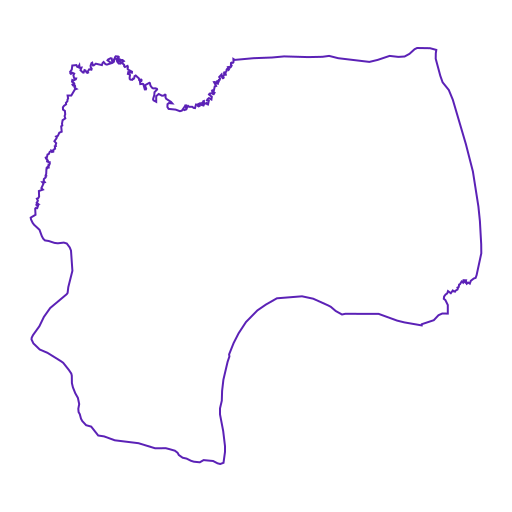 outline of Stueng Trang, Kâmpóng Cham, Cambodia
{"feature_id": "14789045B55361225706218", "entity_name": "Stueng Trang", "entity_type": "district", "adm_level": 2, "iso_a3": "KHM", "parent_name": "Cambodia", "parent_adm1": "Kâmpóng Cham", "projection": "robinson", "projection_center": [105.52, 12.333], "detail": "fine", "context": "isolated", "style": "outline", "palette": "violet", "viewbox_px": 512, "rotation_deg": 0, "n_neighbors": 0, "source": "geoboundaries", "source_scale": "gbopen_adm2", "svg_char_len": 5710}
<svg xmlns="http://www.w3.org/2000/svg" viewBox="0 0 512 512"><path d="M98.2,435.5L104.1,436.4L114.8,440.3L138.5,443.2L155.2,448.3L165.8,448.2L169.3,449.1L174.9,450.7L177.6,452.8L178.8,455.0L182.6,457.7L186.6,458.6L191.0,460.8L193.9,461.7L199.8,462.3L203.6,460.1L213.1,461.0L217.5,463.3L220.2,464.0L223.5,462.8L225.0,451.9L225.0,446.2L223.2,431.1L220.0,414.4L220.0,408.4L221.8,400.7L222.1,390.9L223.4,379.7L227.6,361.8L229.4,356.5L229.1,354.4L233.6,343.1L238.6,333.3L246.0,322.0L257.4,310.4L266.0,304.5L276.9,298.3L302.0,296.3L313.2,298.7L328.1,305.4L330.8,306.8L335.7,311.0L342.0,314.5L345.3,313.8L378.7,313.9L397.1,320.6L404.4,322.4L421.7,325.4L421.8,324.2L433.8,320.2L438.5,315.2L442.3,313.5L447.8,313.6L447.8,305.0L445.4,300.1L443.8,298.8L444.1,296.5L445.6,294.5L447.2,293.4L448.0,291.1L450.8,293.2L452.8,290.5L454.0,291.5L455.0,291.6L455.1,291.0L457.5,289.5L457.9,288.4L457.5,287.6L458.7,287.0L459.1,284.6L460.0,284.2L461.6,281.5L463.0,282.6L463.5,280.2L465.4,280.3L464.7,281.1L464.8,282.1L465.5,282.6L466.2,281.5L466.8,283.7L468.3,282.6L469.8,283.6L470.8,280.8L473.8,278.5L475.6,277.9L476.6,275.1L481.3,253.3L481.2,244.3L479.9,221.1L478.4,206.5L472.9,171.5L465.9,144.2L452.8,99.7L448.8,90.0L442.6,82.3L440.3,75.8L435.7,58.7L435.8,53.2L436.3,49.9L430.0,48.2L417.1,48.0L414.6,49.2L409.4,53.9L404.6,56.5L398.4,56.9L389.6,55.9L377.7,59.9L369.4,61.9L338.2,58.2L329.1,55.9L322.5,56.8L308.2,57.1L284.1,56.4L272.1,57.5L253.5,58.2L234.8,59.9L233.4,59.0L233.5,62.1L232.8,62.9L231.5,62.6L231.0,63.0L230.9,65.2L231.6,65.5L231.1,66.7L230.2,67.5L229.3,66.9L228.0,67.1L229.0,69.3L228.5,70.0L227.1,69.0L226.6,69.6L226.4,71.4L225.6,72.3L224.3,72.3L224.0,73.0L225.6,73.8L225.8,74.7L224.0,74.9L223.1,76.1L223.7,77.5L223.4,78.1L222.7,78.2L222.0,77.1L221.5,74.5L219.2,77.0L220.0,78.4L219.8,79.7L218.9,79.9L218.8,81.6L218.2,81.8L217.8,81.0L217.0,81.3L217.1,82.5L218.0,82.9L217.9,83.7L215.5,83.1L214.9,82.0L214.0,82.1L216.1,86.0L214.7,86.5L213.8,90.8L212.4,90.3L212.0,90.8L212.5,91.9L214.5,92.8L213.7,94.2L213.1,94.2L212.5,93.1L209.6,93.6L209.0,94.5L211.8,96.8L211.4,99.5L208.9,98.1L207.5,99.3L207.0,100.3L208.8,100.8L208.0,104.5L207.1,104.2L206.5,103.0L205.0,103.7L204.5,103.5L204.0,103.0L203.9,101.0L203.3,101.2L202.7,103.0L202.8,103.8L203.8,104.8L203.5,105.5L200.7,104.7L200.7,103.3L199.2,104.0L199.6,105.9L198.6,106.4L198.0,106.0L198.5,104.0L197.1,104.7L196.0,104.5L195.0,108.1L193.6,107.9L192.3,106.8L189.2,106.8L188.1,105.9L187.3,107.1L186.7,107.1L186.2,105.4L185.3,105.4L185.0,106.2L185.3,107.0L186.7,108.6L186.3,109.4L184.3,110.1L183.6,109.6L183.5,108.3L181.8,110.7L179.9,111.2L175.6,109.6L168.6,108.9L167.4,107.0L167.5,104.2L168.8,103.1L172.3,103.4L171.0,101.9L166.2,98.8L165.5,97.4L165.6,95.0L165.0,94.6L163.5,95.6L162.0,95.7L158.7,94.0L156.2,96.2L156.2,101.8L153.6,100.4L153.1,99.6L153.2,98.6L154.3,95.1L154.5,92.2L157.1,89.5L156.9,88.8L155.5,88.3L153.1,88.4L151.9,87.6L150.4,85.5L149.9,83.1L149.4,82.8L144.9,85.3L146.2,88.7L145.9,89.4L144.8,89.4L143.3,84.1L142.6,83.8L140.3,84.1L139.9,81.3L141.3,81.1L141.6,80.1L141.0,79.5L139.8,80.3L139.2,80.1L138.9,78.4L135.7,75.5L134.5,76.2L134.3,77.9L133.6,78.9L133.0,78.7L132.3,79.8L130.4,79.6L129.7,78.9L129.6,77.5L130.0,75.1L129.7,74.5L127.9,73.9L128.3,72.1L131.9,72.7L132.0,71.7L128.1,69.6L127.6,68.9L127.9,67.0L127.5,65.9L124.9,67.0L124.2,66.3L124.1,64.8L122.1,63.0L122.6,61.8L123.8,61.1L122.5,60.0L121.4,60.1L118.7,58.9L118.2,59.4L118.4,60.4L120.8,62.1L120.4,63.6L118.7,63.5L117.2,61.6L116.4,59.0L118.6,57.7L118.8,57.0L118.2,56.5L115.7,56.3L114.9,57.4L114.9,58.9L114.0,59.3L114.1,61.1L113.6,62.1L112.4,62.4L111.7,58.5L110.7,58.2L108.1,59.5L107.5,60.3L111.4,63.2L106.9,64.6L105.5,64.2L103.6,62.0L102.6,63.0L101.9,65.1L95.8,63.7L93.7,65.4L92.9,65.4L92.2,62.7L91.5,63.1L90.6,65.6L90.7,67.1L91.7,68.8L91.4,69.7L89.2,69.3L87.5,71.9L88.0,72.6L87.4,72.9L86.6,72.5L85.5,70.5L84.5,70.1L83.6,72.6L82.9,72.5L80.5,70.2L81.5,67.6L79.6,67.8L79.3,65.2L78.2,67.1L77.3,66.9L76.4,65.1L72.3,65.5L71.8,69.5L70.1,71.9L70.7,72.7L70.4,73.4L70.9,73.9L71.7,73.4L71.6,72.7L72.2,72.7L74.2,73.6L73.4,75.3L74.0,77.7L74.3,78.4L76.1,78.5L75.8,79.3L73.4,80.5L72.3,80.0L72.0,81.7L73.9,83.0L74.3,83.8L72.5,84.6L72.9,85.3L73.7,85.1L75.0,85.8L75.1,86.5L74.4,86.9L74.8,87.9L76.4,88.9L74.9,89.4L71.3,95.5L67.6,95.5L68.1,98.5L67.5,99.6L67.4,101.2L65.9,102.9L66.1,104.3L64.0,105.8L62.9,107.3L63.0,109.6L64.9,110.9L65.2,114.3L64.6,116.1L65.3,118.4L62.6,120.2L62.0,123.7L62.3,125.5L61.2,126.3L61.7,131.7L59.3,132.7L57.9,135.8L56.1,136.5L56.8,137.3L56.5,138.3L54.4,141.2L56.2,143.2L55.6,145.0L55.9,146.0L54.8,146.3L55.1,148.7L53.4,149.8L53.3,151.7L52.3,151.9L52.4,151.2L51.3,150.6L51.3,151.5L50.6,151.3L49.7,151.9L48.9,153.9L47.5,154.5L47.0,157.0L45.7,157.6L45.9,158.2L46.6,158.1L46.6,159.1L47.3,159.5L47.1,161.2L48.0,161.1L48.3,162.3L49.7,162.2L49.8,163.6L49.2,165.0L48.6,165.0L48.7,167.6L48.1,167.7L47.5,166.9L46.6,168.0L47.0,168.5L46.4,169.3L46.2,173.9L45.6,175.4L46.2,175.9L45.6,176.5L45.7,177.4L43.9,179.0L43.8,179.8L43.7,180.6L44.7,182.1L42.3,182.2L43.5,183.6L41.4,188.1L42.9,189.6L38.9,191.0L39.1,196.6L38.2,198.2L36.9,198.7L37.9,200.8L36.7,202.7L38.0,203.8L37.0,203.8L36.4,204.5L36.6,205.4L38.1,205.6L37.2,208.2L35.6,208.1L35.2,208.7L35.5,214.8L30.7,217.6L31.0,219.4L32.6,222.8L34.1,224.8L39.5,229.8L41.8,236.1L43.2,238.7L44.9,240.4L48.7,241.0L54.5,242.9L57.8,243.3L63.8,242.6L66.8,243.5L69.7,247.4L71.0,250.6L72.4,270.8L68.3,287.1L67.6,292.9L66.7,294.2L50.2,308.0L43.9,316.9L39.4,326.2L33.0,335.1L31.7,337.7L31.5,339.4L33.4,343.4L39.7,349.5L47.6,352.9L61.1,361.3L63.2,362.8L68.9,370.0L71.3,373.6L71.8,375.7L71.9,383.1L72.9,387.3L75.3,393.3L77.9,397.9L79.2,404.1L78.3,408.8L78.6,412.1L79.8,414.2L81.0,418.7L82.3,421.1L86.1,425.2L91.2,426.6L98.2,435.5Z" fill="none" stroke="#5b21b6" stroke-width="2"/></svg>